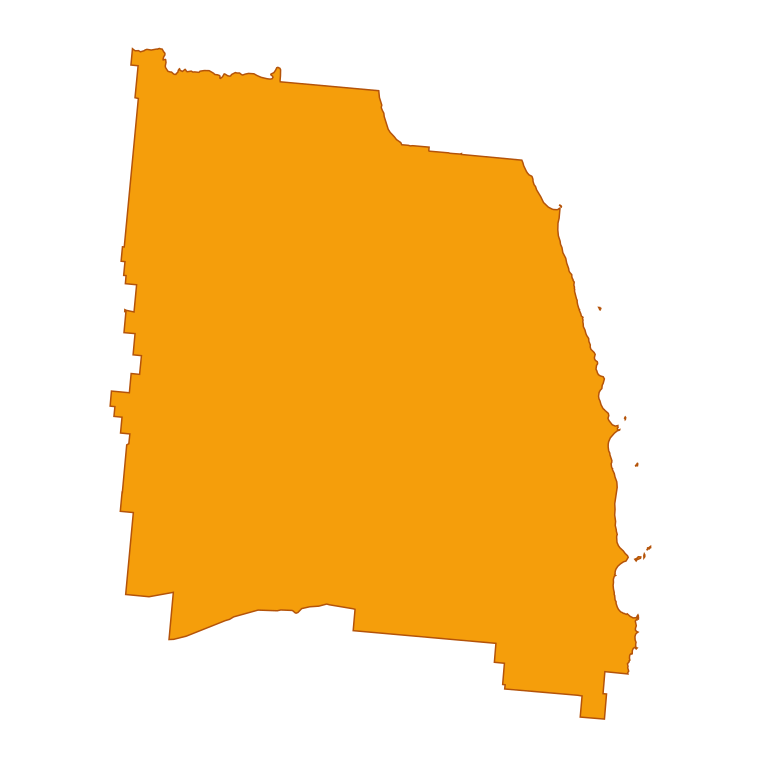 the district of Dandaragan, Western Australia, Australia, rotated 185°
{"feature_id": "25037944B25957721357526", "entity_name": "Dandaragan", "entity_type": "district", "adm_level": 2, "iso_a3": "AUS", "parent_name": "Australia", "parent_adm1": "Western Australia", "projection": "orthographic", "projection_center": [115.251, -30.541], "detail": "fine", "context": "isolated", "style": "filled", "palette": "amber", "viewbox_px": 768, "rotation_deg": 185, "n_neighbors": 0, "source": "geoboundaries", "source_scale": "gbopen_adm2", "svg_char_len": 6169}
<svg xmlns="http://www.w3.org/2000/svg" viewBox="0 0 768 768"><g transform="rotate(185 384 384)"><path d="M115.7,116.4L116.1,117.5L115.2,119.3L116.5,122.5L116.3,123.9L117.1,126.5L115.6,128.6L115.6,129.8L115.0,130.3L115.6,132.4L115.6,135.0L115.0,136.3L114.3,136.9L113.6,136.5L113.2,137.0L113.4,140.1L112.6,142.4L111.2,143.4L109.7,142.0L108.8,143.1L109.8,143.3L110.4,144.6L110.6,147.0L110.4,148.6L111.5,150.9L112.0,154.1L111.5,156.7L110.7,157.8L109.3,159.0L110.9,159.6L112.1,160.8L112.2,162.6L111.6,165.1L113.0,169.7L112.5,170.6L112.0,171.1L111.5,171.0L111.5,171.5L110.6,172.3L110.1,172.1L110.1,172.9L111.0,172.5L111.4,172.7L111.6,173.3L111.3,174.1L110.5,174.1L110.3,175.0L110.9,176.1L111.7,174.7L111.8,173.9L112.7,173.1L115.4,172.7L118.6,174.0L121.7,176.3L122.6,175.6L125.0,176.5L125.4,176.3L127.0,177.2L128.0,177.4L129.6,178.7L131.0,180.2L132.2,182.2L133.7,185.7L133.8,187.3L135.0,189.1L135.8,193.5L136.3,194.3L136.5,196.4L137.5,199.6L138.2,203.3L138.1,206.3L138.5,209.4L137.8,212.6L136.5,213.5L137.6,214.3L137.2,215.4L137.4,216.5L137.2,218.3L136.7,220.0L135.2,222.8L132.8,225.4L129.8,227.8L127.5,228.7L125.6,232.6L126.5,234.2L129.0,236.2L131.1,238.6L134.8,241.5L136.4,243.4L138.1,246.6L138.9,251.6L138.9,253.2L138.5,254.3L139.7,257.6L139.9,259.0L141.3,263.2L141.3,267.3L142.8,273.6L142.9,279.2L143.7,284.8L142.7,301.3L143.2,304.8L143.6,306.9L145.8,311.6L146.8,314.9L148.8,318.3L149.0,319.0L148.9,319.6L149.7,320.3L150.1,321.3L150.8,324.4L150.3,325.7L150.3,327.5L152.8,333.2L153.1,334.9L154.3,336.9L155.2,340.9L155.4,343.7L155.2,346.0L153.9,350.0L150.2,355.1L147.5,357.7L145.3,358.6L145.2,359.1L147.2,358.2L147.1,358.9L147.6,359.6L147.7,360.4L147.0,361.3L147.4,362.2L147.4,363.0L149.9,362.2L153.1,363.3L156.9,367.4L157.9,369.4L157.3,372.1L158.0,374.3L161.8,377.1L162.3,377.8L162.9,377.9L163.9,379.0L166.0,382.3L167.4,386.0L168.6,388.1L169.2,390.6L169.0,394.3L167.9,396.8L166.6,398.4L166.5,401.8L165.7,403.8L164.9,408.3L166.2,410.3L169.2,410.9L171.2,412.0L172.4,413.8L173.1,415.6L174.1,417.2L173.9,421.0L173.0,422.7L173.2,424.1L173.5,424.8L175.4,425.9L176.4,427.2L176.7,428.8L176.2,431.9L177.4,433.7L180.9,436.6L181.8,438.8L181.9,440.9L183.6,444.3L184.1,447.2L186.3,450.0L187.3,451.9L188.5,455.3L190.4,458.5L190.8,461.3L191.4,463.4L191.3,465.0L192.0,466.9L191.6,467.8L193.3,468.9L194.1,471.2L195.9,474.6L195.7,475.2L196.4,475.9L198.0,479.9L198.7,482.4L198.9,484.3L199.7,485.7L202.3,493.1L202.3,494.9L202.8,496.0L202.7,497.1L203.5,499.0L203.4,502.1L204.8,503.8L204.8,504.7L205.5,505.4L206.2,507.1L206.5,509.3L208.7,511.4L209.7,513.1L210.1,515.1L212.5,520.3L213.9,525.1L217.3,530.5L218.6,535.4L220.3,538.5L221.0,541.6L223.2,546.8L224.3,552.7L224.7,559.5L224.0,564.4L224.0,574.1L224.5,574.4L225.9,573.0L227.1,572.7L230.4,572.6L231.8,572.9L235.7,574.5L240.9,578.7L244.1,584.1L248.9,590.7L250.2,593.8L251.9,595.7L253.2,598.9L253.5,601.0L254.4,603.2L255.0,603.9L257.6,604.9L259.4,606.6L260.6,608.1L263.8,613.5L265.0,616.7L266.2,619.0L326.9,619.4L326.9,620.3L328.3,619.7L335.2,619.6L338.7,619.6L339.6,619.9L359.3,619.9L359.7,620.4L359.7,623.9L376.2,623.9L378.6,623.5L380.6,623.9L387.2,623.9L388.3,625.9L392.9,628.6L395.1,631.0L399.8,635.2L402.0,638.1L407.1,650.4L407.8,653.8L409.3,656.1L410.7,658.8L410.8,659.7L410.5,661.6L413.5,668.9L414.8,675.7L513.7,676.0L514.0,677.2L514.0,681.8L514.4,688.0L515.2,689.4L517.3,690.2L518.4,689.7L519.3,687.3L520.8,684.6L523.6,682.9L523.7,682.4L523.5,682.0L521.9,681.0L521.3,679.9L522.0,678.4L523.9,677.8L527.0,677.9L533.1,678.8L537.3,680.2L540.6,681.7L546.0,681.6L549.3,680.6L551.6,679.5L552.9,679.8L555.0,681.2L557.7,681.0L559.2,681.3L562.9,679.0L563.5,677.7L564.4,677.2L566.5,677.4L569.2,678.8L570.2,679.0L571.7,675.9L573.5,674.2L574.2,674.5L574.2,676.4L574.9,677.0L576.8,677.5L579.6,677.6L580.8,678.7L585.5,680.9L590.4,680.6L594.5,679.6L595.3,678.5L596.1,678.3L599.8,678.4L601.6,678.1L603.3,678.9L607.3,677.9L608.3,678.6L608.7,679.3L609.6,680.1L612.1,677.8L614.6,678.8L614.9,679.9L615.3,680.2L616.2,678.7L616.6,676.5L617.9,675.3L618.3,674.3L619.6,674.2L620.6,674.5L622.8,676.2L624.2,676.2L626.5,676.7L629.2,680.2L629.6,681.7L629.2,685.3L629.8,688.1L630.1,688.3L632.2,687.6L632.4,688.1L632.0,690.7L631.0,692.6L631.0,694.0L631.6,695.1L632.2,695.4L634.2,698.3L636.2,698.4L636.7,698.7L638.2,698.3L638.6,697.8L639.9,697.8L645.0,696.4L649.4,696.7L651.3,695.8L652.0,695.1L655.6,693.7L657.6,694.7L660.6,694.3L661.4,694.5L663.8,696.1L663.9,679.7L656.7,679.6L657.0,647.5L653.6,647.0L654.7,497.9L656.5,497.9L656.6,483.4L652.7,483.3L652.8,469.5L650.4,469.5L650.4,461.4L639.1,461.3L639.3,434.0L647.0,434.9L648.5,435.4L648.2,434.5L648.6,434.7L648.6,433.5L647.4,433.5L647.5,412.5L636.4,412.5L636.5,391.2L628.1,391.1L628.3,372.3L636.8,372.4L636.9,353.1L654.9,353.2L654.9,338.1L650.1,338.0L650.2,328.2L642.1,328.1L642.2,312.2L632.8,312.1L633.0,302.3L635.0,300.9L635.2,253.2L635.5,253.3L635.6,234.2L622.5,234.1L623.0,151.8L599.5,151.6L575.7,158.1L575.9,110.7L571.3,111.3L558.9,115.6L521.6,134.4L517.3,136.1L513.5,138.9L489.8,147.8L470.6,148.8L467.1,149.9L456.2,150.4L455.3,150.3L452.4,148.2L451.4,148.1L449.8,148.9L446.4,153.1L438.6,155.6L429.6,157.0L421.9,159.8L419.2,159.3L395.1,157.4L393.2,157.0L393.2,135.6L249.9,135.4L249.8,116.4L239.7,116.3L239.6,95.0L237.1,94.9L237.2,90.7L163.9,90.8L159.5,90.5L159.5,69.3L135.2,69.4L135.3,94.6L138.8,94.6L138.9,116.7L115.7,116.4ZM113.1,234.1L115.6,234.1L117.0,232.3L118.9,231.3L117.4,229.7L116.8,230.9L113.4,232.7L113.2,233.0L113.1,234.1ZM107.5,241.9L107.1,241.8L106.2,243.2L105.4,242.9L104.9,243.8L104.1,244.2L104.3,245.5L106.2,243.8L107.1,243.7L107.1,242.7L107.5,241.9ZM124.3,324.7L124.5,325.5L124.2,326.2L124.4,327.0L124.7,327.1L125.0,326.8L124.9,325.8L125.3,325.6L125.3,325.1L126.0,325.1L126.3,324.8L126.1,324.3L125.2,324.7L124.6,324.5L124.3,324.7ZM175.7,479.0L176.8,479.0L175.7,477.4L175.7,476.9L175.2,476.7L175.1,477.8L174.6,477.9L174.6,478.3L175.6,478.6L175.7,479.0ZM109.5,234.9L109.2,236.3L109.9,237.4L110.2,235.8L109.9,233.4L109.1,234.7L109.2,235.0L109.5,234.9ZM140.4,369.9L140.3,371.7L140.8,372.2L141.4,370.9L140.8,370.3L140.6,369.6L140.4,369.9ZM224.4,577.6L224.6,577.2L223.4,576.6L223.2,575.7L222.9,575.6L222.7,576.2L223.1,576.9L224.4,577.6Z" fill="#f59e0b" stroke="#b45309" stroke-width="1.5"/></g></svg>